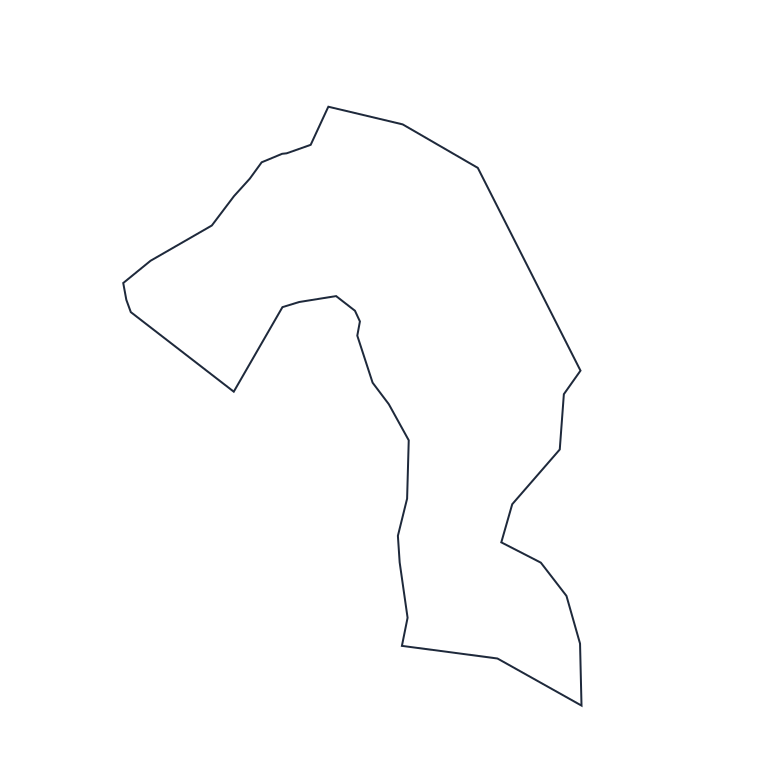 the Municipality of Piran, rotated 196°
{"feature_id": "SVN-1033", "entity_name": "Piran", "entity_type": "Municipality", "adm_level": 1, "iso_a3": "SVN", "parent_name": "Slovenia", "parent_adm1": "", "projection": "orthographic", "projection_center": [13.635, 45.499], "detail": "fine", "context": "isolated", "style": "outline", "palette": "slate", "viewbox_px": 768, "rotation_deg": 196, "n_neighbors": 0, "source": "natural_earth", "source_scale": "10m", "svg_char_len": 670}
<svg xmlns="http://www.w3.org/2000/svg" viewBox="0 0 768 768"><g transform="rotate(196 384 384)"><path d="M437.6,638.7L437.2,638.6L353.4,617.6L198.8,451.0L208.3,423.8L197.0,369.5L227.6,303.8L227.6,264.1L184.0,255.5L150.2,230.6L124.0,188.5L105.5,129.3L199.3,151.4L294.6,137.2L296.9,165.8L319.8,216.9L328.8,241.9L330.2,280.2L344.7,336.7L373.8,365.9L395.3,382.1L423.0,423.1L424.4,437.5L432.1,446.4L454.3,455.3L488.2,439.4L502.8,429.9L526.3,335.2L647.2,383.3L654.9,393.9L662.5,409.2L642.4,438.1L593.2,488.9L580.0,523.2L569.6,544.4L562.7,563.4L545.4,577.2L541.2,578.9L520.4,593.7L514.2,633.6L513.9,635.2L437.6,638.7Z" fill="none" stroke="#1e293b" stroke-width="2"/></g></svg>